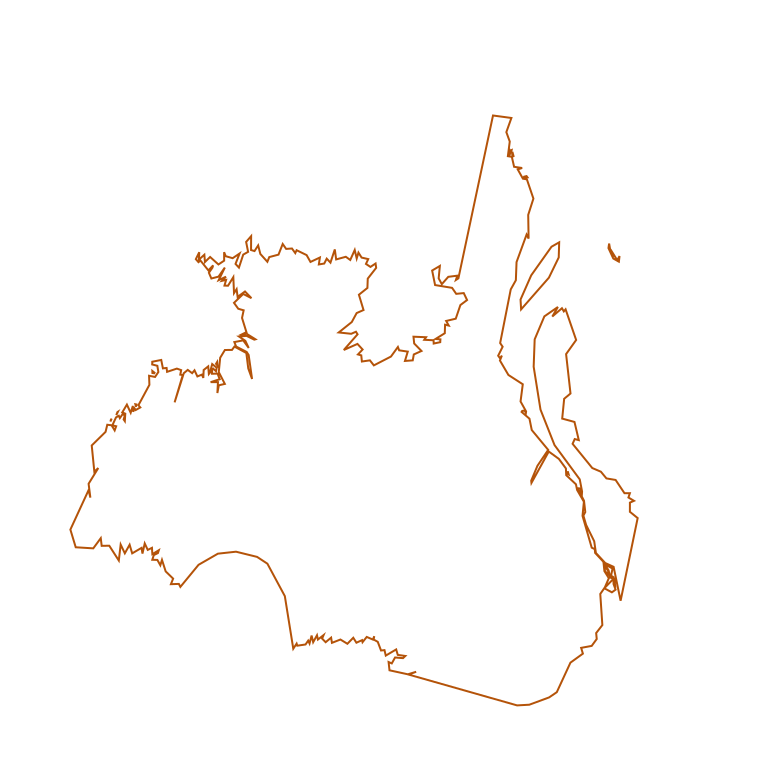 map outline of Québec (Robinson projection), rotated 282°
{"feature_id": "CAN-683", "entity_name": "Québec", "entity_type": "Province", "adm_level": 1, "iso_a3": "CAN", "parent_name": "Canada", "parent_adm1": "", "projection": "robinson", "projection_center": [-69.443, 53.796], "detail": "fine", "context": "isolated", "style": "outline", "palette": "amber", "viewbox_px": 768, "rotation_deg": 282, "n_neighbors": 0, "source": "natural_earth", "source_scale": "10m", "svg_char_len": 6173}
<svg xmlns="http://www.w3.org/2000/svg" viewBox="0 0 768 768"><g transform="rotate(282 384 384)"><path d="M104.9,468.4L109.2,475.3L105.0,467.7L105.1,448.9L113.0,446.3L112.3,449.7L118.8,451.7L119.8,459.6L122.4,461.4L121.9,453.8L126.9,451.1L118.7,442.2L123.8,439.8L122.7,436.5L130.5,431.5L131.9,427.0L135.3,426.9L131.7,426.3L133.0,419.7L127.0,416.7L128.9,415.8L125.2,410.8L129.4,406.7L122.3,402.2L125.0,394.5L120.0,386.9L124.9,385.0L119.3,380.6L122.1,376.4L125.8,377.1L120.3,372.5L124.3,370.7L116.7,368.4L122.9,365.5L114.7,365.1L117.2,363.2L112.9,361.4L110.0,353.6L111.9,352.5L106.2,350.3L155.9,331.1L184.0,307.3L188.5,295.8L189.2,274.1L183.5,256.8L168.6,240.2L143.2,227.0L145.8,224.9L143.9,217.2L149.8,218.2L155.3,209.4L165.8,203.4L160.2,202.9L164.8,198.9L163.9,193.9L168.8,194.4L171.6,198.0L174.6,198.3L169.4,192.8L175.5,191.1L172.6,187.4L178.3,183.1L167.9,183.0L173.3,180.9L166.0,172.9L173.9,168.6L164.5,165.7L172.2,159.8L156.2,161.3L168.7,148.9L167.0,141.5L174.3,139.0L162.8,133.8L160.2,116.4L176.4,107.5L218.8,117.1L211.8,120.4L225.0,115.8L242.4,122.0L238.0,118.9L263.1,110.9L279.3,121.6L286.6,121.8L287.0,126.1L282.6,130.2L287.0,130.8L287.1,126.9L295.6,128.8L297.8,131.2L295.7,132.7L300.9,134.9L298.8,137.0L295.2,136.7L293.8,138.2L301.2,137.1L301.8,133.9L310.4,136.8L303.2,142.2L310.3,142.9L304.7,144.5L308.3,145.1L306.9,146.5L310.4,150.5L312.2,148.2L334.4,154.7L343.2,152.5L343.3,158.6L348.8,160.8L354.7,158.5L354.9,153.2L357.6,152.7L361.2,161.1L353.3,164.5L354.5,168.0L350.8,169.3L356.0,178.2L355.4,182.7L350.8,182.8L350.9,185.3L322.5,183.0L352.9,185.9L357.0,189.1L354.7,194.1L358.0,195.8L352.6,199.9L355.3,203.9L352.4,206.0L360.2,204.7L364.7,208.4L357.4,210.6L362.1,213.0L358.3,213.6L359.5,219.1L354.5,222.3L349.8,214.0L351.3,221.2L340.5,222.9L348.4,222.7L351.0,228.3L361.3,219.9L375.6,218.3L384.2,221.3L385.7,228.2L389.5,229.9L385.7,242.9L371.0,248.0L361.5,253.9L384.2,245.6L386.8,243.0L389.9,231.6L393.9,228.9L397.4,237.2L391.1,244.2L397.4,239.4L400.3,232.3L402.5,239.5L400.4,247.9L401.0,249.0L404.4,239.6L419.1,231.4L426.9,231.4L427.3,225.8L432.2,220.4L442.8,227.6L440.4,236.5L445.6,228.8L438.8,222.7L446.1,220.1L441.7,218.4L457.2,214.4L447.7,211.0L447.1,207.5L453.0,207.9L451.3,204.2L456.1,207.1L451.2,200.7L464.8,204.1L454.6,199.8L451.3,193.2L456.4,189.6L462.1,192.0L464.5,192.2L458.6,188.6L466.6,178.8L464.6,177.2L467.0,174.0L474.5,175.9L467.2,177.1L473.1,181.4L466.1,183.5L472.1,187.5L466.5,197.2L471.4,202.0L479.7,200.2L476.1,202.6L475.6,209.8L481.6,215.6L470.6,213.8L467.7,217.9L481.3,219.4L485.0,223.6L494.3,219.6L501.0,223.3L487.4,226.1L487.1,229.7L493.4,232.1L485.5,236.0L479.3,244.5L484.3,245.4L488.6,253.9L499.9,255.8L495.8,260.2L497.4,265.8L493.6,270.0L496.7,270.7L494.0,281.5L488.1,286.7L494.4,295.0L487.4,295.4L489.4,300.5L494.7,301.9L491.6,306.4L505.4,307.9L495.9,311.3L500.5,320.2L498.3,325.2L509.0,327.5L501.1,331.2L507.2,331.7L503.0,335.8L502.9,342.6L497.7,341.4L495.7,346.4L500.1,350.7L496.0,352.2L483.7,346.2L474.5,347.8L466.1,340.9L452.1,348.6L447.7,342.5L437.9,339.6L425.0,329.0L426.3,341.5L429.3,345.7L427.1,347.8L408.9,337.6L417.7,349.7L413.3,355.9L407.5,352.4L407.3,355.8L401.4,357.7L404.2,365.3L400.1,370.2L412.3,385.1L423.1,389.9L420.1,391.8L420.6,400.5L410.9,399.7L413.1,407.2L419.1,407.0L424.1,413.8L429.9,405.1L436.4,403.0L438.5,415.4L435.6,414.2L437.1,423.4L433.9,424.2L436.6,430.3L439.4,429.9L438.8,425.1L446.3,432.9L454.7,431.4L454.6,435.2L458.6,431.7L462.8,440.6L477.1,442.3L483.4,447.8L489.5,443.1L487.2,435.9L492.2,430.6L491.4,413.4L505.0,407.5L511.1,414.1L498.7,415.5L493.7,419.8L502.2,424.6L505.2,433.2L500.7,432.7L502.8,434.8L669.3,434.8L670.7,453.3L655.8,451.3L647.3,456.6L632.6,457.8L632.8,461.8L623.5,466.1L624.0,474.2L621.7,470.2L613.7,477.2L613.9,481.2L596.4,491.6L579.4,489.9L556.3,495.2L559.8,492.4L530.8,488.3L512.9,491.4L502.9,488.3L448.2,489.1L445.1,492.3L435.4,489.8L433.3,492.1L436.3,493.4L431.1,492.5L418.7,503.8L412.6,519.8L395.3,521.2L386.7,528.7L385.3,528.8L387.2,527.0L386.4,524.8L385.3,524.4L380.3,533.5L369.7,538.1L353.7,558.3L335.9,551.1L320.0,548.1L317.9,548.8L352.2,559.2L347.1,570.6L339.2,579.5L332.7,581.2L325.8,592.6L320.5,594.9L310.4,604.0L296.3,605.6L267.1,621.2L266.3,624.5L262.7,625.6L255.7,635.6L246.8,638.5L240.8,644.3L230.4,642.2L241.2,649.0L236.1,650.1L231.0,653.3L227.6,650.2L230.0,641.9L223.6,639.2L193.6,647.7L184.5,643.3L178.8,645.1L171.0,641.6L166.9,631.7L161.6,634.6L150.2,624.3L118.5,617.1L111.8,610.7L100.5,592.8L97.3,581.0L104.9,468.4ZM305.6,660.0L221.2,660.5L252.9,646.6L254.9,637.6L262.8,626.4L273.9,622.3L288.2,611.0L296.7,606.4L300.6,607.5L311.4,603.9L315.2,600.8L320.0,600.1L331.4,595.3L359.7,563.5L391.5,542.4L432.0,526.8L459.0,522.1L483.5,526.8L495.5,538.1L485.0,534.6L495.1,542.3L492.4,544.8L494.8,546.1L467.0,562.8L451.1,555.9L413.5,568.4L407.0,563.3L387.2,565.5L386.5,578.2L369.6,586.2L369.8,582.0L364.7,580.9L345.1,605.2L343.3,614.4L337.9,621.2L338.3,630.5L327.2,641.9L328.3,647.2L323.8,646.7L321.7,652.8L319.1,649.2L310.1,651.1L305.6,660.0ZM522.3,523.2L485.5,502.6L495.0,500.0L520.9,505.4L553.1,519.3L559.0,525.9L544.1,528.6L522.3,523.2ZM253.6,637.4L251.0,645.9L240.9,646.0L248.4,642.4L253.6,637.4ZM367.8,211.8L365.1,217.0L361.6,217.0L363.5,213.7L361.9,211.5L367.8,211.8ZM560.9,577.9L559.1,580.0L556.1,581.9L558.0,581.5L560.8,578.2L562.9,577.4L553.6,586.4L558.1,587.8L552.5,588.3L554.4,582.2L563.6,575.3L568.2,575.0L560.9,577.9ZM322.3,594.8L322.6,597.7L316.1,599.6L322.3,594.8ZM244.1,642.6L247.2,638.9L251.8,637.8L247.7,642.2L244.1,642.6ZM402.7,234.3L405.3,237.6L402.8,237.8L402.7,234.3ZM236.8,650.5L242.3,649.6L235.8,651.7L236.8,650.5ZM634.8,461.8L637.8,461.3L633.1,463.7L634.8,461.8ZM638.4,458.5L636.5,459.6L634.2,459.2L636.3,457.8L638.4,458.5ZM348.6,154.7L347.3,157.2L346.7,157.0L346.6,155.2L348.6,154.7ZM368.8,215.5L370.8,216.2L367.4,217.2L368.8,215.5ZM616.0,481.3L614.9,477.6L615.9,477.9L617.0,480.2L616.0,481.3ZM297.9,128.6L301.1,129.1L301.5,129.5L297.9,128.6ZM242.4,647.2L243.9,648.1L240.6,647.3L242.4,647.2ZM334.3,582.5L336.9,581.8L334.0,583.4L334.3,582.5ZM310.2,146.1L312.5,145.0L312.5,146.1L310.2,146.1ZM638.6,459.0L639.4,460.2L638.1,460.2L638.6,459.0ZM290.4,124.2L292.2,124.3L293.5,124.8L290.4,124.2Z" fill="none" stroke="#b45309" stroke-width="2"/></g></svg>